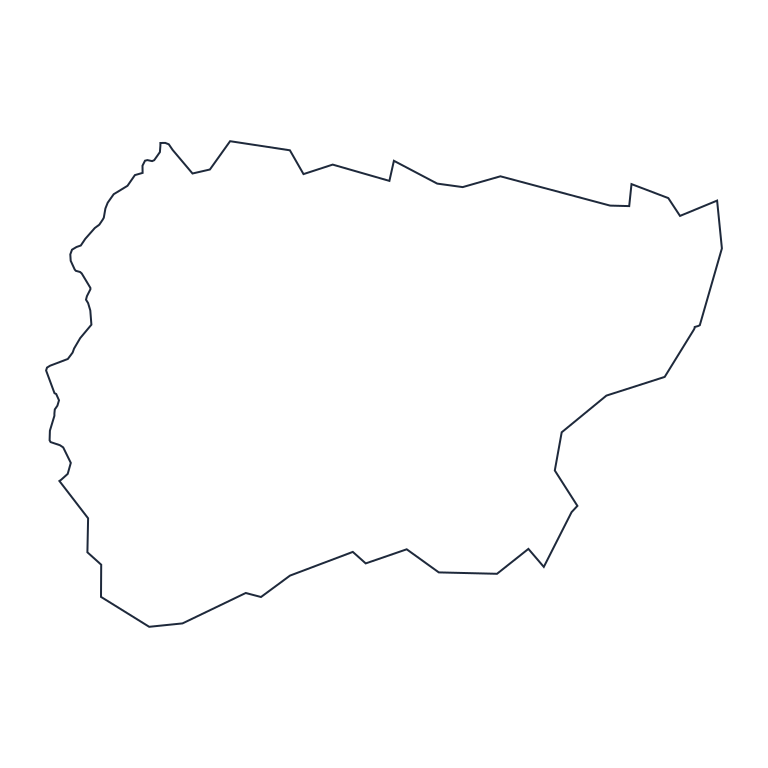 outline of Graham, North Carolina, United States of America
{"feature_id": "52423323B76614514394942", "entity_name": "Graham", "entity_type": "district", "adm_level": 2, "iso_a3": "USA", "parent_name": "United States of America", "parent_adm1": "North Carolina", "projection": "equal_earth", "projection_center": [-83.908, 35.342], "detail": "fine", "context": "isolated", "style": "outline", "palette": "slate", "viewbox_px": 768, "rotation_deg": 0, "n_neighbors": 0, "source": "geoboundaries", "source_scale": "gbopen_adm2", "svg_char_len": 1390}
<svg xmlns="http://www.w3.org/2000/svg" viewBox="0 0 768 768"><path d="M172.6,149.9L168.8,144.3L165.2,142.9L160.4,143.0L160.4,143.8L160.4,145.6L159.9,152.1L154.2,160.2L152.1,161.1L147.4,160.1L145.0,160.7L142.5,165.7L142.6,172.9L134.9,175.1L127.5,185.8L113.7,194.2L107.7,202.7L105.4,208.5L103.8,217.7L102.8,219.5L99.3,224.7L94.8,228.0L85.3,238.8L80.8,245.5L76.5,247.0L72.0,249.7L70.3,254.4L70.7,260.8L74.7,269.5L75.8,270.8L80.1,272.0L81.7,273.4L90.4,287.9L90.4,289.3L86.9,296.2L86.0,299.7L88.1,303.1L90.3,310.5L91.4,324.7L80.2,338.1L74.1,348.5L72.6,352.6L67.8,359.0L65.9,359.7L50.1,365.7L47.0,367.6L46.1,370.5L54.5,393.2L56.2,394.0L59.0,400.3L57.4,405.7L54.8,409.4L54.4,413.5L54.4,415.8L49.9,430.7L49.6,440.3L50.6,442.1L59.9,445.2L63.2,447.4L70.8,462.9L67.7,473.9L61.1,479.8L59.4,481.0L88.1,518.3L87.4,552.3L101.2,564.7L101.0,596.9L149.2,626.8L182.5,623.4L245.7,593.0L261.0,597.0L290.0,575.6L352.8,551.9L365.7,563.4L406.7,549.3L438.8,572.4L497.0,573.8L528.4,548.9L543.8,566.9L571.6,512.1L577.4,505.9L554.8,470.5L561.7,432.3L606.4,395.6L664.7,376.9L693.7,329.9L694.5,328.4L694.7,327.0L698.2,326.0L699.8,325.2L721.9,248.4L717.1,200.6L680.0,215.9L668.3,198.1L631.5,184.1L629.2,206.1L610.1,205.6L500.4,176.3L462.7,187.1L437.2,183.6L393.9,160.8L389.4,180.9L332.7,164.6L303.5,174.1L289.9,150.3L230.1,141.2L209.9,169.5L192.5,173.5L172.6,149.9Z" fill="none" stroke="#1e293b" stroke-width="2"/></svg>